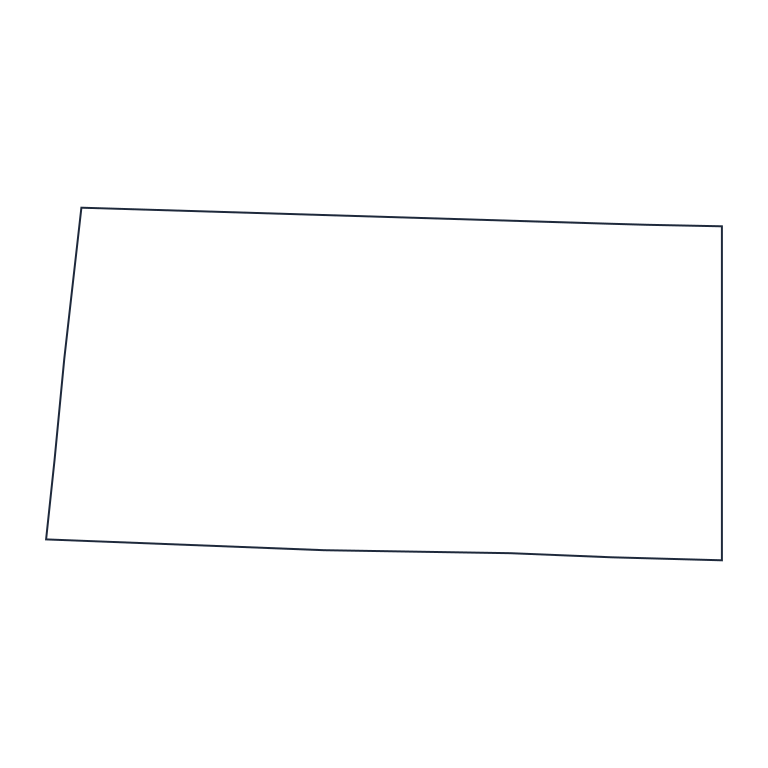 Franklin, Alabama, United States of America (Mercator projection)
{"feature_id": "52423323B7214659914962", "entity_name": "Franklin", "entity_type": "district", "adm_level": 2, "iso_a3": "USA", "parent_name": "United States of America", "parent_adm1": "Alabama", "projection": "mercator", "projection_center": [-87.887, 34.443], "detail": "fine", "context": "isolated", "style": "outline", "palette": "slate", "viewbox_px": 768, "rotation_deg": 0, "n_neighbors": 0, "source": "geoboundaries", "source_scale": "gbopen_adm2", "svg_char_len": 277}
<svg xmlns="http://www.w3.org/2000/svg" viewBox="0 0 768 768"><path d="M64.3,358.6L54.5,460.5L54.2,463.3L46.1,539.4L323.9,550.2L510.7,553.2L611.7,557.3L721.9,560.3L721.9,226.3L647.3,224.8L608.3,223.7L81.4,207.7L64.3,358.6Z" fill="none" stroke="#1e293b" stroke-width="2"/></svg>